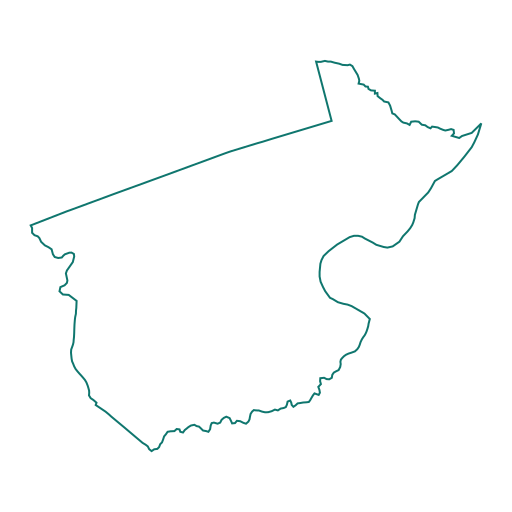 Babaçulândia, Tocantins, Brazil
{"feature_id": "56859067B67611214994680", "entity_name": "Babaçulândia", "entity_type": "district", "adm_level": 2, "iso_a3": "BRA", "parent_name": "Brazil", "parent_adm1": "Tocantins", "projection": "mercator", "projection_center": [-47.831, -7.162], "detail": "fine", "context": "isolated", "style": "outline", "palette": "teal", "viewbox_px": 512, "rotation_deg": 0, "n_neighbors": 0, "source": "geoboundaries", "source_scale": "gbopen_adm2", "svg_char_len": 3831}
<svg xmlns="http://www.w3.org/2000/svg" viewBox="0 0 512 512"><path d="M95.7,405.0L105.5,411.6L108.9,414.4L111.3,416.6L119.7,423.6L124.4,427.5L127.1,429.8L142.6,442.9L145.6,444.7L147.8,446.4L149.2,449.2L151.6,451.1L154.2,449.3L157.3,448.9L159.1,447.1L160.2,444.2L162.0,442.4L163.1,439.5L164.1,436.4L165.8,434.4L167.6,431.8L170.5,431.3L174.4,431.1L176.7,429.0L179.5,429.4L180.3,431.8L183.0,432.5L184.8,430.0L186.6,428.6L188.4,427.1L191.0,425.5L194.4,424.8L196.6,426.1L199.0,426.6L200.8,428.3L203.0,430.5L206.2,431.1L208.4,431.8L210.1,429.2L210.7,425.5L211.7,423.1L213.9,422.6L217.6,423.7L220.2,422.6L221.6,419.8L223.8,417.9L226.3,416.7L229.6,418.1L231.1,421.1L232.1,423.4L235.0,423.1L236.9,420.8L240.2,421.2L243.3,422.8L246.0,423.7L248.4,421.6L249.5,419.4L250.0,416.6L250.6,413.9L252.1,411.6L253.8,410.1L256.0,410.4L258.9,410.5L262.0,411.6L265.1,412.3L268.1,412.2L271.7,411.2L274.9,409.6L277.9,410.4L280.6,408.6L283.7,408.0L285.8,407.1L286.9,404.7L287.6,401.6L290.2,400.5L291.2,402.5L291.7,404.9L293.4,406.8L295.6,405.3L297.6,403.4L300.4,403.0L303.2,402.5L306.3,402.3L308.8,402.0L310.1,400.3L311.5,397.8L313.0,395.3L314.5,393.4L316.7,394.2L318.7,394.9L319.9,392.7L319.4,389.8L318.3,386.9L320.9,384.1L320.1,381.2L320.3,378.2L324.1,377.8L326.6,379.1L329.2,379.3L331.8,377.8L332.3,374.8L333.8,372.6L335.9,371.4L338.6,370.1L340.2,367.0L340.7,364.1L340.4,361.8L340.9,359.6L342.4,357.8L344.1,356.1L346.1,354.7L348.5,353.6L351.3,352.7L354.9,351.4L357.3,349.2L358.8,347.0L359.7,344.8L360.6,342.0L361.9,339.3L363.3,337.1L364.6,335.4L365.7,333.4L366.6,331.3L367.4,328.9L368.2,326.2L368.6,323.6L369.8,319.0L364.4,313.5L351.6,306.1L347.6,304.6L343.4,303.8L337.9,302.2L332.8,299.1L330.0,297.8L325.2,291.2L323.0,287.0L320.6,281.7L319.6,276.5L319.6,271.9L320.4,263.7L321.5,260.1L323.6,256.0L328.7,251.1L337.2,244.5L349.7,237.1L354.0,235.8L358.1,235.8L362.0,236.7L364.8,238.5L372.8,242.6L376.3,244.8L383.7,247.0L387.4,247.6L392.7,246.4L399.4,241.7L403.0,236.2L407.6,231.4L410.2,228.2L412.2,225.0L413.3,222.4L414.6,218.2L414.9,214.8L416.6,209.0L418.0,204.3L418.9,202.0L428.2,192.5L431.0,188.2L434.9,181.0L436.8,179.8L451.8,171.0L457.1,165.4L464.5,156.5L471.7,147.2L474.2,142.5L477.9,134.5L481.3,123.4L471.7,132.9L462.0,136.0L459.2,138.0L451.8,135.8L454.0,133.4L453.6,129.9L451.1,129.1L448.6,129.8L445.3,130.5L443.2,129.9L440.0,128.6L437.9,127.5L435.5,127.1L432.1,126.6L430.5,128.3L427.7,127.1L425.3,125.3L421.8,124.7L418.7,121.7L415.2,121.3L411.2,121.7L409.6,124.9L406.9,123.4L403.3,122.6L401.4,121.4L399.2,119.1L394.8,114.4L392.3,113.4L391.6,110.6L390.1,105.6L388.4,102.4L384.1,101.5L382.5,99.8L380.2,98.2L377.6,96.1L377.4,93.0L374.9,93.6L374.9,90.7L371.0,90.4L368.5,88.9L367.9,86.7L365.5,86.5L363.7,84.6L358.6,83.6L359.3,80.8L358.9,78.7L357.6,74.9L354.0,69.0L352.4,66.1L349.9,64.6L347.6,65.2L342.5,64.9L339.2,63.7L334.6,62.7L330.8,61.6L328.0,61.6L324.9,60.9L320.7,61.9L318.5,61.9L316.1,61.6L331.6,120.9L272.0,138.8L262.4,141.8L257.4,143.2L231.2,151.2L228.8,152.0L225.4,153.2L159.8,177.3L113.9,194.0L108.5,196.0L70.3,210.1L66.9,211.3L30.7,225.4L32.1,228.0L32.1,232.8L34.5,235.2L37.7,236.3L39.4,238.1L41.1,241.8L44.9,245.4L48.5,247.2L51.6,249.3L52.9,254.2L54.7,257.0L58.2,258.0L61.8,257.5L63.3,255.7L64.9,254.3L69.3,252.7L71.5,252.6L73.9,254.0L74.2,256.5L72.8,262.1L66.9,270.5L65.9,273.4L67.4,280.5L66.9,282.9L64.6,285.3L60.4,287.1L59.5,291.3L62.9,294.5L68.7,294.9L76.6,300.9L76.3,308.0L76.0,310.7L75.9,313.8L75.2,317.0L74.9,319.4L74.7,321.9L74.5,324.4L74.4,326.8L74.3,329.3L74.2,333.0L74.0,337.0L73.7,339.8L73.5,342.3L73.0,344.5L72.2,346.8L71.2,349.5L71.0,352.7L71.3,355.8L71.6,358.7L72.1,361.4L73.1,363.6L74.2,366.4L75.6,369.0L77.5,371.4L79.5,373.7L81.0,375.3L83.0,377.6L84.9,379.9L86.4,382.4L87.7,385.7L88.4,388.0L89.1,390.6L89.2,392.9L89.0,395.4L90.7,398.2L93.4,400.0L96.5,402.7L95.7,405.0Z" fill="none" stroke="#0f766e" stroke-width="2"/></svg>